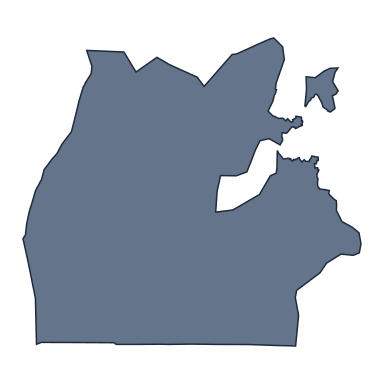 outline of Odogbolu, Ogun, Nigeria
{"feature_id": "59680162B50359341822283", "entity_name": "Odogbolu", "entity_type": "district", "adm_level": 2, "iso_a3": "NGA", "parent_name": "Nigeria", "parent_adm1": "Ogun", "projection": "robinson", "projection_center": [3.89, 6.792], "detail": "fine", "context": "isolated", "style": "filled", "palette": "slate", "viewbox_px": 384, "rotation_deg": 0, "n_neighbors": 0, "source": "geoboundaries", "source_scale": "gbopen_adm2", "svg_char_len": 4824}
<svg xmlns="http://www.w3.org/2000/svg" viewBox="0 0 384 384"><path d="M36.5,344.3L41.3,342.4L44.6,342.4L76.3,342.5L95.6,342.6L112.6,342.7L113.7,342.6L116.3,344.4L125.3,344.4L137.7,344.4L159.7,344.2L168.7,344.4L190.0,344.1L202.5,344.2L215.8,344.4L245.5,344.5L251.7,344.6L276.9,345.5L289.7,345.8L295.6,346.0L298.6,315.4L295.3,297.5L296.6,290.4L320.0,272.8L326.6,263.1L341.0,254.1L353.2,255.3L359.3,252.9L361.0,243.8L359.0,232.8L352.6,227.5L341.8,221.5L338.5,214.6L336.4,210.6L336.6,204.3L336.3,200.7L334.3,199.4L332.7,197.9L329.8,195.1L328.7,193.6L328.9,192.4L329.0,192.0L329.3,190.5L328.5,190.3L326.7,190.0L324.7,189.6L322.0,189.3L319.5,189.0L319.5,188.4L319.3,188.1L318.6,187.6L318.1,187.3L317.9,186.4L317.6,184.9L317.5,183.5L317.5,182.4L317.7,180.9L318.0,179.6L317.8,178.2L317.1,177.3L317.0,176.3L317.0,175.0L317.0,174.4L317.1,173.9L317.2,173.4L317.2,173.2L317.4,173.0L317.7,172.7L317.8,172.6L318.0,172.3L318.1,171.9L318.2,171.6L318.3,171.2L318.3,170.8L318.3,170.3L318.4,170.2L318.8,170.3L318.8,170.2L318.6,169.5L318.3,169.5L317.9,169.5L317.6,169.6L317.6,169.4L317.6,168.9L317.6,168.3L317.6,167.8L317.5,167.7L316.5,167.8L314.9,168.0L314.8,167.4L314.8,166.8L314.7,166.2L314.7,165.5L314.6,164.9L314.5,164.1L314.5,163.4L314.8,163.4L315.4,163.6L316.2,163.8L316.3,163.4L316.4,163.0L316.5,162.6L316.7,162.1L316.7,161.8L316.8,161.5L316.9,161.1L316.9,160.8L316.8,160.4L317.2,160.3L318.2,160.5L318.2,160.4L318.3,160.0L318.3,159.5L318.3,159.1L318.3,158.7L318.2,158.1L318.2,157.7L318.2,157.3L318.2,157.2L317.9,157.1L317.7,157.1L317.0,157.0L316.1,156.9L315.5,156.8L314.7,156.5L314.0,156.4L313.4,156.3L312.6,156.2L311.7,156.0L311.4,157.1L311.2,157.9L310.8,158.4L310.1,159.2L309.8,159.7L309.5,160.4L309.3,161.5L309.0,161.4L308.7,161.3L308.4,161.3L308.2,161.4L307.7,161.4L307.3,161.4L307.1,161.4L306.7,161.4L306.0,161.4L305.7,161.4L305.4,161.0L305.1,160.7L304.7,160.2L304.4,159.9L304.2,159.7L304.0,160.0L303.4,160.5L302.8,161.1L301.9,162.0L301.3,161.3L300.9,160.7L300.3,160.0L299.6,158.7L299.4,158.2L299.2,157.6L298.5,157.8L298.0,158.1L296.2,159.5L295.9,159.7L295.5,159.3L295.0,159.6L294.6,159.5L294.1,159.4L293.7,159.4L293.6,159.8L293.7,160.2L293.1,160.3L292.9,160.6L292.8,160.8L292.4,160.7L292.2,160.7L291.9,160.7L291.6,160.7L291.6,160.4L291.7,160.1L291.0,159.9L290.8,159.8L290.7,159.7L290.2,159.6L289.9,159.4L290.1,159.2L290.4,158.8L289.5,158.5L288.7,158.3L288.2,158.2L287.9,158.2L287.2,158.4L286.4,158.6L285.5,158.6L284.4,158.9L283.3,159.0L282.3,157.6L280.5,155.3L280.0,154.6L279.2,154.2L277.3,150.5L276.9,168.7L276.2,173.2L270.4,175.7L259.4,194.6L232.7,210.0L215.7,212.1L217.1,191.2L220.6,175.6L236.2,175.8L246.9,171.9L251.6,160.0L255.3,150.3L260.0,140.7L269.1,138.7L280.1,144.9L282.7,140.2L282.5,139.5L282.5,138.0L281.8,136.8L281.9,135.5L282.0,132.9L283.7,132.9L284.2,133.0L285.4,133.2L286.9,133.0L287.5,132.3L288.6,130.9L290.0,129.2L291.1,127.9L292.0,126.8L292.5,127.0L292.9,127.0L293.3,127.0L293.7,127.1L293.9,127.1L294.4,127.2L294.8,127.2L294.9,127.7L295.2,128.4L295.4,128.6L295.9,128.4L296.1,128.2L296.6,128.0L297.4,127.7L297.7,127.4L298.3,127.0L298.7,126.8L299.1,126.7L299.4,126.6L300.1,126.3L300.7,126.1L301.3,125.8L301.7,125.6L301.4,124.5L302.3,124.8L302.2,122.9L302.3,122.8L302.2,121.9L302.7,121.8L302.4,120.7L301.6,120.6L301.6,119.8L301.5,118.9L301.5,117.7L301.3,117.1L300.3,117.0L298.3,116.6L296.0,116.2L295.7,118.3L294.7,118.8L293.9,119.0L292.5,119.7L293.2,121.6L292.6,121.8L292.4,122.0L292.1,122.0L291.7,122.0L291.4,122.0L291.2,121.9L290.9,121.9L290.3,121.5L289.4,120.5L288.6,119.8L287.6,118.7L286.5,120.2L285.9,120.9L284.8,119.9L284.1,119.2L283.7,118.8L283.3,118.5L282.7,118.2L282.2,118.2L281.5,118.3L280.9,118.3L280.4,118.3L279.6,118.4L278.9,118.5L276.3,117.3L274.1,116.2L272.7,115.9L268.1,111.1L272.9,101.1L274.4,95.1L275.2,93.9L275.9,91.6L276.5,89.6L275.4,89.3L276.1,83.2L284.3,59.6L282.7,46.9L273.7,38.0L270.3,38.8L257.0,44.6L252.4,46.8L236.5,54.0L232.1,54.5L204.1,86.4L197.2,77.2L169.2,64.5L157.0,57.3L136.0,72.0L123.9,52.0L86.7,50.4L91.9,66.2L91.2,73.6L85.4,82.8L85.7,82.9L83.1,87.3L79.2,100.4L75.0,117.7L71.4,131.8L61.9,144.2L56.9,153.7L53.7,157.2L52.0,159.1L47.6,165.1L44.2,169.5L41.5,179.5L35.7,190.3L35.3,191.4L32.4,201.5L29.4,211.1L26.7,223.6L25.4,235.1L23.0,238.6L28.1,261.9L35.4,298.1L36.5,344.3ZM306.1,76.8L306.5,89.3L304.9,106.0L305.3,106.1L305.7,106.5L307.3,104.0L308.9,100.9L309.7,100.8L310.8,99.9L311.0,98.1L311.8,97.9L312.9,97.5L314.0,97.0L314.2,96.0L314.7,95.0L315.3,94.4L315.8,94.2L316.2,94.2L316.7,94.4L317.1,94.8L318.2,95.9L318.8,97.3L320.4,100.2L321.8,102.9L322.2,104.1L322.8,106.3L323.5,107.3L324.9,108.3L327.7,110.1L327.6,110.9L330.1,112.0L330.5,112.0L332.6,110.4L334.3,109.1L335.0,108.2L333.9,102.9L332.4,95.7L334.0,95.0L335.9,94.2L337.3,91.9L338.2,90.9L332.6,81.7L335.1,72.1L338.0,68.0L330.0,68.3L323.9,71.3L315.2,77.7L306.1,76.8Z" fill="#64748b" stroke="#1e293b" stroke-width="1.5"/></svg>